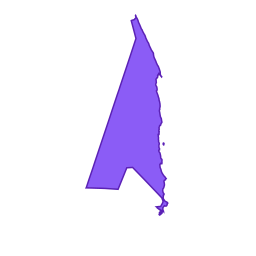 the district of Sveitarfélagið Garður, Suðurnes, Iceland, rotated 57°
{"feature_id": "244011B4203273652382", "entity_name": "Sveitarfélagið Garður", "entity_type": "district", "adm_level": 2, "iso_a3": "ISL", "parent_name": "Iceland", "parent_adm1": "Suðurnes", "projection": "equal_earth", "projection_center": [-22.614, 64.036], "detail": "fine", "context": "isolated", "style": "filled", "palette": "violet", "viewbox_px": 256, "rotation_deg": 57, "n_neighbors": 0, "source": "geoboundaries", "source_scale": "gbopen_adm2", "svg_char_len": 5418}
<svg xmlns="http://www.w3.org/2000/svg" viewBox="0 0 256 256"><g transform="rotate(57 128 128)"><path d="M209.6,147.1L210.5,146.8L210.8,147.0L214.2,145.8L213.9,145.6L214.1,145.5L214.4,145.5L214.6,145.3L215.1,145.2L215.5,145.2L215.8,145.0L216.1,145.2L217.0,146.1L217.1,147.1L216.3,147.2L215.9,147.0L216.0,147.6L216.3,147.6L216.3,147.3L217.2,147.3L217.4,148.5L217.2,148.6L217.2,148.9L217.8,149.0L218.3,148.8L218.0,146.0L216.9,144.8L216.1,144.4L215.8,144.1L216.2,143.9L217.4,143.7L217.0,143.5L216.6,143.5L215.5,143.3L215.0,142.9L213.8,142.2L213.5,141.3L213.0,139.8L213.3,139.6L213.6,139.5L213.9,139.1L214.3,138.2L214.2,137.9L214.0,137.6L213.8,137.1L213.2,136.6L212.7,136.2L212.7,135.6L212.1,135.5L211.2,135.8L209.8,136.7L209.4,136.8L208.8,136.9L206.8,136.9L206.5,136.9L205.8,136.6L205.0,136.0L204.8,135.8L203.9,135.1L203.7,135.1L203.5,134.8L203.4,134.5L203.5,134.1L203.0,133.8L202.6,133.6L201.6,133.8L201.2,133.7L199.6,133.1L198.3,132.1L198.0,131.7L197.7,130.8L197.3,130.3L196.6,129.5L196.4,129.3L195.7,128.5L195.0,128.1L194.0,127.6L192.3,126.9L191.7,126.1L191.7,125.7L191.8,125.5L191.8,124.7L191.5,124.4L191.3,124.2L191.2,123.5L190.6,123.6L190.1,123.7L189.4,123.6L188.0,123.9L186.1,124.0L184.0,123.9L182.3,123.6L181.4,123.2L179.8,122.8L178.6,122.6L177.1,121.8L176.2,121.4L176.0,121.2L176.0,120.9L175.4,120.0L176.3,119.3L176.4,119.1L176.2,118.9L175.6,118.4L174.7,117.9L173.7,117.2L173.4,116.9L172.8,116.7L172.3,116.7L172.0,116.9L171.6,116.9L171.2,116.9L170.7,116.7L170.1,116.4L169.9,116.3L169.7,116.1L169.4,116.0L168.8,115.7L168.4,115.5L168.0,115.4L167.6,115.3L167.3,115.2L167.1,115.1L166.9,115.0L166.7,114.9L166.3,114.8L165.1,114.9L164.3,114.8L164.0,114.7L163.6,114.5L163.4,114.2L163.2,113.7L163.4,113.7L163.5,113.5L163.4,113.4L163.0,113.3L162.7,113.0L162.5,112.8L162.3,112.8L161.7,112.7L161.3,112.7L160.8,112.4L160.1,112.0L159.2,111.4L158.7,110.9L158.6,110.6L158.2,110.3L157.8,110.1L157.2,110.0L156.8,109.9L156.4,109.9L156.0,109.7L155.6,109.5L155.4,109.3L154.9,109.0L154.3,108.8L153.7,108.4L152.8,107.7L152.4,107.5L151.8,107.3L151.1,107.0L150.7,106.6L149.9,106.3L149.7,106.1L149.8,105.8L150.2,105.5L150.0,105.3L149.6,105.0L148.9,104.6L148.8,104.4L148.4,104.3L148.0,104.2L148.0,103.9L147.9,103.7L147.5,103.6L147.1,103.5L146.6,103.4L146.4,103.2L146.3,102.8L146.2,102.7L145.9,102.3L145.3,102.2L145.0,102.1L144.6,101.8L144.3,101.6L144.2,101.1L144.1,100.9L143.9,100.7L143.7,100.6L143.3,100.3L143.3,100.2L143.1,99.8L143.4,99.2L143.2,99.0L143.0,98.7L142.6,98.3L142.4,97.9L142.0,97.5L142.0,97.3L142.0,97.1L141.9,96.8L141.6,96.4L141.4,96.3L140.2,95.8L139.5,95.6L139.1,95.3L138.7,95.1L138.0,94.9L137.2,94.8L136.4,94.7L135.7,94.5L135.1,94.2L134.3,93.9L133.5,93.5L132.7,93.2L132.2,92.9L131.5,92.7L130.6,92.3L129.9,91.7L129.7,91.2L129.2,91.0L128.8,90.7L128.0,89.9L127.6,89.5L127.1,89.1L126.3,88.7L125.8,88.4L125.1,88.0L124.2,87.7L123.5,87.3L122.7,87.1L121.7,86.8L121.2,86.6L120.8,86.3L120.3,86.1L119.3,85.8L118.4,85.6L117.0,85.1L116.0,84.9L114.8,84.6L114.1,84.5L113.3,84.3L112.5,84.0L112.2,83.8L112.2,83.3L112.2,83.2L111.9,82.9L111.7,82.7L111.4,82.5L110.8,82.2L110.2,81.9L109.8,81.8L109.6,81.7L109.4,81.5L109.1,81.5L108.4,81.5L107.8,81.4L107.3,81.4L107.1,81.3L106.7,81.1L106.3,80.8L106.0,80.5L105.7,80.2L105.6,79.8L105.5,79.6L105.1,79.4L104.5,79.1L103.5,78.5L103.1,78.4L102.5,78.1L102.2,77.8L102.2,77.6L102.2,77.4L102.1,77.0L102.1,76.9L102.0,76.7L101.8,76.6L101.7,76.5L101.6,76.3L101.7,76.1L101.6,75.6L101.4,75.4L101.3,75.2L101.0,75.1L100.9,75.0L100.7,74.9L100.3,74.7L100.1,74.6L100.0,74.4L99.9,74.2L99.7,73.8L99.8,73.7L100.0,73.5L100.1,73.4L100.0,73.2L99.8,73.0L99.6,72.9L99.3,72.8L99.1,72.6L98.9,72.5L98.9,72.3L98.9,72.2L99.1,72.0L99.5,71.9L101.5,72.2L103.5,72.0L103.4,71.8L101.7,72.0L100.7,71.7L99.7,71.2L99.3,70.9L99.0,70.7L98.6,70.5L98.0,70.3L97.3,70.1L96.5,69.9L95.5,69.6L94.8,69.5L94.1,69.3L93.6,69.2L93.3,69.1L93.0,69.1L92.5,69.0L91.5,69.1L90.9,69.0L90.3,68.9L88.7,68.7L87.2,68.3L86.4,68.2L86.0,68.1L85.7,68.1L85.2,68.0L84.4,67.9L83.8,67.8L83.5,67.8L82.8,67.6L82.1,67.4L81.3,67.1L80.8,66.8L80.4,66.7L80.0,66.5L79.7,66.3L79.4,66.1L79.1,66.0L78.6,65.9L78.3,65.9L77.7,65.9L77.1,65.9L76.4,65.9L75.7,65.9L74.8,65.9L74.0,65.7L73.2,65.6L72.4,65.5L71.5,65.4L71.0,65.3L70.3,65.2L69.7,65.0L69.0,64.9L68.6,64.7L68.2,64.6L67.8,64.6L67.2,64.6L66.8,64.6L66.1,64.6L65.5,64.5L64.8,64.4L64.1,64.3L63.4,64.2L62.6,64.1L61.9,64.0L61.2,63.7L60.6,63.6L59.8,63.4L58.9,63.3L58.4,63.3L57.6,63.3L56.9,63.2L56.4,63.2L55.4,63.1L54.7,63.0L53.7,62.8L53.0,62.7L52.5,62.8L52.0,62.8L51.4,62.7L51.1,62.6L49.6,62.3L48.4,62.1L47.4,61.9L46.6,61.8L45.8,61.7L45.0,61.6L44.5,61.4L44.1,61.3L43.8,61.2L43.5,61.1L43.0,61.0L42.4,60.9L41.8,60.8L40.9,60.7L40.3,60.7L39.5,60.7L39.2,60.7L38.9,60.6L38.6,60.4L38.4,60.4L38.1,60.3L37.8,60.3L37.7,60.3L37.8,60.5L38.4,60.7L38.6,60.8L39.2,60.9L39.6,61.1L39.9,61.5L40.2,62.9L40.4,63.3L40.5,63.9L40.4,64.3L40.1,65.2L39.9,65.6L39.7,66.7L39.7,66.8L48.9,69.8L57.3,72.6L68.9,87.0L89.7,113.1L90.4,113.9L94.2,118.8L104.9,132.2L109.5,137.9L137.9,173.6L142.9,179.8L150.2,189.1L155.1,195.2L155.4,195.7L158.2,191.6L161.4,187.0L164.3,182.8L165.5,181.1L166.2,180.1L174.0,169.7L160.7,150.7L162.3,147.9L163.6,145.6L176.3,143.1L179.3,142.5L200.0,138.6L205.0,137.7L208.4,138.4L209.4,139.4L210.0,140.3L210.6,141.6L211.5,143.1L211.3,143.9L210.6,145.1L209.6,147.1ZM161.6,107.3L161.6,107.1L161.4,107.0L160.5,106.2L160.1,106.3L159.9,106.5L160.0,106.8L160.6,107.2L161.0,107.4L161.6,107.3Z" fill="#8b5cf6" stroke="#5b21b6" stroke-width="1.5"/></g></svg>